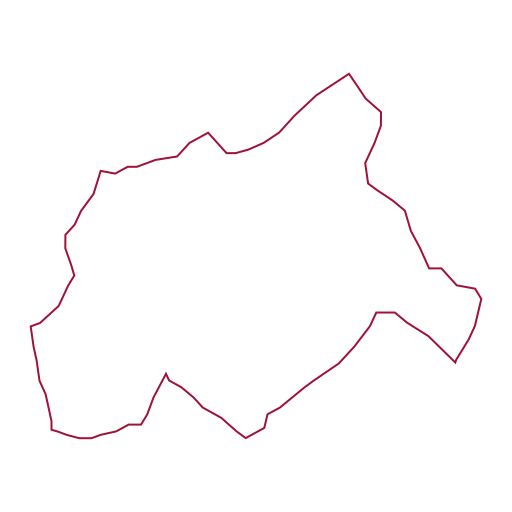 Kophung, Chagang-do, North Korea (Mercator projection)
{"feature_id": "82179303B51910076802628", "entity_name": "Kophung", "entity_type": "district", "adm_level": 2, "iso_a3": "PRK", "parent_name": "North Korea", "parent_adm1": "Chagang-do", "projection": "mercator", "projection_center": [125.859, 40.575], "detail": "fine", "context": "isolated", "style": "outline", "palette": "rose", "viewbox_px": 512, "rotation_deg": 0, "n_neighbors": 0, "source": "geoboundaries", "source_scale": "gbopen_adm2", "svg_char_len": 1180}
<svg xmlns="http://www.w3.org/2000/svg" viewBox="0 0 512 512"><path d="M100.7,170.9L93.5,194.0L81.0,211.0L74.7,224.6L65.4,234.8L65.3,248.3L71.3,265.3L74.3,275.5L68.1,285.7L61.8,299.3L58.6,306.0L40.0,323.0L30.7,326.4L33.6,346.8L36.6,360.3L39.5,380.7L45.6,394.2L48.6,407.8L51.5,421.3L51.5,429.8L57.6,431.5L66.8,434.9L79.2,438.2L91.5,438.2L100.8,434.8L116.2,431.4L128.6,424.6L141.0,424.6L147.2,414.5L153.5,397.5L166.0,373.8L169.1,380.5L181.4,387.3L193.6,397.5L202.8,407.6L221.2,417.8L236.5,431.3L245.7,438.1L264.3,427.9L267.5,414.3L279.9,407.6L292.3,397.4L304.7,387.2L314.0,380.4L338.9,363.4L354.4,346.5L370.0,326.1L376.3,312.5L394.8,312.5L407.1,322.7L428.5,336.2L455.3,362.5L456.1,359.9L468.6,339.6L474.9,326.0L481.3,298.9L476.9,291.6L475.2,288.7L456.7,285.3L441.4,268.4L429.1,268.4L420.0,248.0L410.9,231.0L404.9,210.7L392.6,200.5L377.3,190.3L368.1,183.5L365.2,163.1L374.6,142.8L380.9,125.7L381.0,112.1L365.7,98.6L356.6,85.0L349.0,73.8L316.4,95.2L294.6,115.6L279.1,132.6L263.6,142.9L248.1,149.7L235.7,153.1L226.5,153.1L217.3,142.9L208.1,132.7L189.5,142.9L177.1,156.5L155.5,159.9L136.9,166.8L127.6,166.8L115.2,173.6L100.7,170.9Z" fill="none" stroke="#9f1239" stroke-width="2"/></svg>